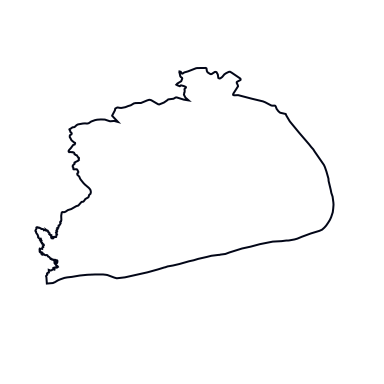 the district of Bung Khla, Bueng Kan, Thailand, rotated 105°
{"feature_id": "78962969B45700319590301", "entity_name": "Bung Khla", "entity_type": "district", "adm_level": 2, "iso_a3": "THA", "parent_name": "Thailand", "parent_adm1": "Bueng Kan", "projection": "equal_earth", "projection_center": [104.009, 18.247], "detail": "fine", "context": "isolated", "style": "outline", "palette": "ink", "viewbox_px": 384, "rotation_deg": 105, "n_neighbors": 0, "source": "geoboundaries", "source_scale": "gbopen_adm2", "svg_char_len": 6015}
<svg xmlns="http://www.w3.org/2000/svg" viewBox="0 0 384 384"><g transform="rotate(105 192 192)"><path d="M318.0,308.5L315.9,302.7L315.3,302.1L314.9,301.4L312.1,298.7L310.5,296.7L308.0,293.0L306.8,290.5L305.1,286.1L301.7,278.7L299.1,271.8L296.5,263.5L294.7,256.7L294.3,254.1L294.1,252.3L294.8,244.7L294.8,242.3L291.8,234.7L281.1,214.2L275.5,204.7L272.1,199.3L271.6,198.3L270.2,196.3L268.0,191.5L264.8,185.5L259.6,176.8L257.5,172.7L255.0,168.7L250.9,160.9L248.6,156.8L245.9,150.1L245.6,149.1L245.1,148.3L243.2,143.7L240.7,140.2L233.6,129.0L229.6,121.2L224.8,112.9L219.0,101.1L216.3,92.8L214.5,88.4L213.8,86.0L211.3,80.7L209.8,78.2L206.8,74.3L201.3,66.5L196.5,58.8L194.7,56.6L192.1,54.9L189.7,53.7L186.3,52.5L183.3,51.6L180.4,51.1L175.2,50.8L171.5,51.3L167.7,52.0L165.6,52.7L160.1,55.0L156.8,57.2L154.1,58.5L146.0,62.9L143.7,63.7L137.5,67.4L133.5,70.1L131.7,71.6L121.1,84.1L119.4,85.9L117.7,88.5L115.6,91.3L107.2,103.6L98.5,115.8L93.7,120.7L92.4,121.7L92.6,127.2L92.5,127.7L91.6,129.5L89.8,131.8L87.8,133.2L87.2,133.9L87.2,134.7L87.8,136.6L87.9,137.9L86.4,144.5L86.1,146.9L86.4,158.1L86.5,172.5L87.7,176.4L87.6,177.3L87.0,177.6L85.9,177.4L78.0,174.9L77.1,175.3L75.1,177.0L74.4,177.2L73.9,177.0L71.3,174.2L70.6,174.2L70.1,174.5L69.8,175.0L66.4,184.8L66.0,186.5L66.5,187.6L68.3,189.7L70.0,191.2L73.1,192.6L74.8,194.0L75.2,194.7L75.2,195.4L75.0,196.1L71.8,197.5L69.9,199.4L69.9,200.4L70.2,201.1L72.9,203.5L73.3,204.3L73.3,204.9L72.6,207.3L72.2,208.1L71.2,209.0L68.9,210.0L68.7,210.4L68.7,211.1L70.9,218.9L71.4,220.1L76.6,227.2L78.5,230.4L80.1,231.8L80.2,232.3L80.0,232.6L78.8,234.0L78.8,235.3L79.7,235.2L80.6,234.6L83.2,233.3L83.8,232.6L84.3,231.2L84.7,230.9L85.1,230.8L87.8,231.1L91.0,234.2L92.4,234.9L92.7,233.8L93.0,231.2L92.9,231.0L92.0,230.5L91.8,230.0L91.8,227.3L92.0,225.9L92.3,225.0L92.7,224.9L94.6,225.9L95.7,225.4L97.3,225.0L98.4,225.2L99.1,225.0L100.1,225.0L102.5,222.8L104.4,219.0L104.9,223.9L104.6,231.0L104.7,231.7L105.0,232.3L106.7,234.0L108.7,238.9L110.1,239.9L112.9,242.3L115.9,246.3L116.0,247.4L113.9,255.1L113.9,256.8L114.3,257.7L115.2,259.1L119.2,264.3L120.7,269.5L121.2,270.5L121.5,271.1L124.1,273.6L125.5,275.9L127.3,278.3L129.1,282.0L129.4,283.4L129.6,285.7L130.1,286.5L131.3,287.7L133.1,287.6L138.9,288.9L139.1,288.8L143.5,281.6L143.5,285.6L144.8,289.1L144.9,289.9L144.6,294.9L145.5,298.8L146.7,302.3L147.7,304.3L149.5,306.9L150.2,307.8L152.2,309.5L152.8,310.5L153.1,311.3L153.4,313.1L154.1,315.1L156.2,319.6L157.2,320.7L159.7,322.3L160.5,324.2L162.2,325.6L163.1,326.6L163.4,326.6L164.5,325.5L165.4,325.1L166.0,323.8L166.8,323.3L167.6,323.4L168.2,324.2L168.7,324.5L169.6,324.6L170.9,324.1L171.3,323.5L173.2,321.8L174.5,319.0L174.8,317.7L175.1,317.5L176.4,317.6L177.4,319.0L181.0,320.4L183.1,321.5L184.1,321.8L184.9,321.6L185.3,321.0L184.7,319.2L184.7,318.3L184.4,317.7L184.6,317.3L184.4,316.8L184.6,316.1L185.5,315.3L185.9,315.2L185.9,314.8L186.1,314.6L186.4,313.8L186.3,312.9L187.8,311.2L188.3,310.1L188.7,309.9L189.4,310.1L190.3,309.5L191.2,310.0L193.2,312.3L194.0,313.1L194.5,313.1L195.1,312.7L197.2,314.0L198.5,313.8L199.0,313.0L200.4,312.6L200.7,312.3L200.7,312.0L199.9,309.4L199.9,309.1L200.2,308.6L201.8,307.1L202.8,306.9L203.8,307.6L205.0,307.2L206.3,304.9L208.0,303.6L208.7,302.9L211.5,299.1L212.6,297.2L214.8,292.6L216.0,290.9L217.4,290.0L218.7,289.6L220.0,289.6L221.5,290.6L223.3,290.6L224.0,290.8L226.4,293.2L228.4,293.9L229.3,294.4L229.7,294.9L230.1,296.0L230.5,296.3L234.5,298.3L235.6,300.1L239.7,304.2L241.6,307.2L243.8,309.1L244.6,310.3L244.9,311.9L245.5,312.5L248.8,312.2L253.0,310.9L254.0,311.1L254.4,310.9L254.8,311.5L255.8,311.4L256.4,310.8L258.7,311.5L258.7,312.0L258.9,312.2L261.1,311.8L261.3,311.9L261.6,312.7L262.5,312.3L262.9,312.8L263.4,312.4L264.3,313.0L264.5,313.0L265.0,312.2L266.1,312.8L266.4,312.3L266.8,312.5L267.4,311.9L267.7,312.0L267.8,311.7L268.0,311.5L268.2,311.8L269.5,311.6L270.4,312.1L270.7,311.9L271.2,313.2L271.0,313.6L271.3,313.9L271.7,314.2L272.0,313.8L272.7,314.1L272.9,314.6L273.0,315.7L272.2,316.3L271.9,316.1L271.5,316.4L271.1,316.1L270.9,316.9L270.5,317.2L270.1,317.1L270.2,318.0L269.8,318.3L269.7,318.9L268.7,318.9L268.4,319.5L268.2,320.2L267.9,320.2L267.6,320.6L267.3,320.6L266.6,321.6L266.8,322.1L266.5,322.8L266.9,322.5L267.0,322.6L266.5,323.4L266.9,323.6L266.7,324.1L267.2,325.1L266.7,325.3L266.5,325.9L266.4,326.7L266.6,327.0L266.7,327.9L266.4,328.4L266.4,328.8L266.2,329.0L266.2,329.7L266.0,330.2L266.3,330.9L266.0,331.6L266.1,332.6L266.6,333.1L267.5,332.7L269.4,333.2L270.1,333.2L270.5,332.8L270.6,332.4L271.3,332.2L272.2,331.5L273.2,330.1L273.8,329.8L274.7,329.0L275.3,329.1L276.0,328.4L276.5,327.3L276.3,326.4L276.7,326.4L276.4,326.0L276.6,325.7L277.0,325.8L277.2,325.6L277.4,325.8L277.6,325.5L277.7,325.9L278.0,325.6L278.3,325.7L278.5,325.2L279.1,325.1L279.2,324.8L279.6,324.4L279.8,323.6L280.1,323.4L280.4,323.7L280.8,323.3L280.9,322.0L281.6,321.3L281.8,321.3L282.1,321.8L282.5,321.7L282.9,322.1L283.8,321.5L284.2,322.0L284.8,322.0L285.2,322.3L285.7,322.1L285.7,322.9L286.3,323.6L286.2,324.4L286.9,324.4L287.3,324.0L288.1,324.0L288.3,323.4L288.6,323.2L289.1,323.6L289.3,323.5L289.5,323.1L289.1,322.4L289.2,321.5L290.1,321.7L290.7,321.5L290.8,321.2L290.2,320.9L290.0,320.4L291.2,320.1L291.1,319.9L290.6,319.7L290.4,319.2L290.4,318.9L290.9,318.3L290.9,317.8L290.9,316.8L290.5,316.1L290.5,315.6L290.8,315.0L291.5,314.5L291.8,313.0L292.7,311.8L292.8,311.2L293.3,311.1L293.3,310.8L292.9,310.3L293.0,310.0L293.5,309.8L293.5,308.6L293.1,308.1L293.1,307.7L293.9,307.7L294.2,307.4L294.2,306.9L293.7,306.3L293.1,306.8L292.9,306.4L293.1,305.5L292.9,304.8L293.5,304.1L294.5,304.7L295.1,303.9L295.5,304.0L295.8,304.6L295.8,306.3L296.1,306.5L296.9,305.6L297.8,303.9L298.1,303.7L298.4,304.0L298.6,303.9L298.4,302.8L299.0,302.1L300.1,303.0L300.0,303.7L300.5,304.4L300.5,305.2L301.2,306.2L301.8,305.8L302.4,304.8L302.6,304.8L302.6,305.6L302.3,306.2L303.8,307.2L304.5,308.3L304.3,310.2L306.8,309.4L307.0,309.6L307.5,310.6L308.2,310.9L308.7,310.9L309.3,310.4L311.0,311.2L312.2,310.5L318.0,308.5Z" fill="none" stroke="#020617" stroke-width="2"/></g></svg>